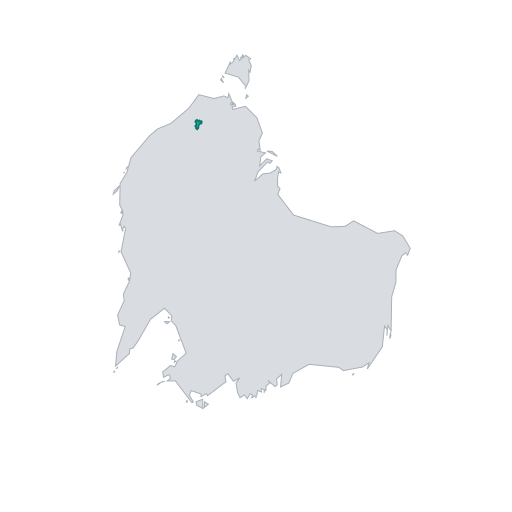 location of Cootamundra-Gundagai, New South Wales, Australia, rotated 209°
{"feature_id": "25037944B16131127641558", "entity_name": "Cootamundra-Gundagai", "entity_type": "district", "adm_level": 2, "iso_a3": "AUS", "parent_name": "Australia", "parent_adm1": "New South Wales", "projection": "equal_earth", "projection_center": [148.025, -34.809], "detail": "fine", "context": "in_parent", "style": "filled", "palette": "teal", "viewbox_px": 512, "rotation_deg": 209, "n_neighbors": 0, "source": "geoboundaries", "source_scale": "gbopen_adm2", "svg_char_len": 5830}
<svg xmlns="http://www.w3.org/2000/svg" viewBox="0 0 512 512"><g transform="rotate(209 256 256)"><path d="M331.4,105.1L336.2,130.9L341.9,129.6L348.4,137.3L349.6,153.0L353.5,158.4L354.5,172.9L357.3,180.4L376.1,194.3L383.4,216.9L385.5,218.1L385.9,214.1L390.0,218.2L390.6,216.2L392.3,227.6L394.7,231.0L399.9,234.5L410.0,253.6L409.4,266.3L413.0,281.4L407.4,309.4L403.7,319.4L394.7,330.8L386.3,352.9L384.2,369.4L369.2,373.3L361.8,380.3L357.2,380.9L358.5,384.8L351.2,379.0L352.3,377.7L351.8,376.2L350.4,376.2L348.0,378.7L346.3,377.2L349.2,374.8L347.5,372.9L337.8,381.8L322.3,377.4L310.0,366.6L309.3,358.2L303.5,350.5L305.8,350.7L305.7,348.4L297.7,350.8L299.9,345.0L296.4,336.6L293.8,346.2L287.9,347.1L288.7,343.9L291.5,343.9L295.0,330.7L293.5,320.8L289.8,331.2L284.0,335.2L280.3,341.4L281.0,344.6L278.6,344.2L274.5,340.7L277.0,340.6L274.9,334.5L270.9,327.5L267.7,326.6L266.9,320.5L243.0,310.0L204.3,318.0L192.4,325.2L187.7,334.1L160.6,334.7L147.0,345.3L137.0,344.6L124.8,337.4L123.8,330.1L126.7,331.4L128.5,326.9L126.9,312.0L120.8,300.6L117.6,286.2L101.5,255.9L106.9,259.1L103.0,249.8L105.6,255.3L109.6,257.0L101.5,237.8L103.9,211.1L105.4,217.4L109.2,210.4L124.0,198.1L129.5,198.8L157.1,187.0L166.8,171.2L165.7,160.8L171.0,153.3L176.2,164.9L178.4,158.4L175.1,153.9L175.9,151.0L185.3,152.9L182.3,151.8L184.1,147.2L182.2,143.2L187.2,142.6L185.3,139.6L189.4,139.2L187.8,134.8L191.2,129.9L191.6,132.8L194.4,132.5L194.5,126.9L198.7,128.9L201.2,124.4L205.8,127.5L211.9,135.2L211.1,141.4L215.0,135.5L223.5,139.4L225.1,136.1L221.3,131.4L230.7,110.2L232.7,111.6L235.9,106.3L237.2,108.6L247.4,106.9L246.9,101.8L240.0,98.0L241.1,96.7L266.0,107.7L273.1,103.7L271.4,107.8L274.5,110.1L278.1,105.1L281.4,109.4L277.6,118.8L273.4,119.7L273.7,126.5L269.9,137.1L292.5,156.3L298.7,158.2L300.6,162.8L310.7,166.0L317.6,149.4L317.9,125.0L318.9,115.8L321.4,113.6L319.4,109.4L325.5,91.6L331.4,105.1ZM346.6,399.3L358.1,403.9L371.7,401.0L372.6,413.7L371.6,411.4L370.3,414.1L370.0,422.4L365.2,419.0L362.2,426.5L356.4,426.0L357.5,423.8L352.4,420.3L350.3,413.8L352.5,415.0L347.1,406.0L346.6,399.3ZM228.4,96.8L235.5,96.8L237.8,99.5L233.2,104.8L228.4,96.8ZM285.7,353.5L297.3,353.1L292.4,355.3L285.7,353.5ZM279.8,125.0L281.3,130.3L276.8,129.4L277.5,125.7L279.8,125.0ZM409.3,251.4L409.1,245.6L410.9,240.8L411.6,244.3L409.3,251.4ZM368.4,391.7L372.3,392.8L372.4,394.6L368.4,391.7ZM227.8,98.4L230.4,103.6L225.8,103.3L227.8,98.4ZM342.4,392.5L340.2,392.0L341.3,389.0L342.4,392.5ZM304.1,154.1L302.0,155.7L299.8,156.6L300.8,153.6L304.1,154.1ZM101.4,254.5L99.4,251.7L99.0,249.1L99.3,249.0L101.4,254.5ZM371.5,396.3L373.0,397.5L370.2,396.5L371.5,396.3ZM393.7,228.3L395.3,228.3L395.3,230.9L393.7,228.3ZM355.0,172.7L357.0,174.2L356.6,175.1L355.0,172.7ZM365.1,423.5L365.3,425.5L363.8,424.9L365.1,423.5ZM411.8,268.4L411.9,271.6L411.7,271.5L411.8,268.4ZM246.5,96.6L245.3,95.2L246.0,94.4L246.5,96.6ZM279.6,96.9L277.9,99.5L279.8,94.9L279.6,96.9ZM412.1,264.7L411.3,265.7L411.9,264.6L412.1,264.7ZM282.9,145.0L282.0,145.5L282.5,144.3L282.9,145.0ZM276.3,124.9L275.0,125.2L275.8,123.5L276.3,124.9ZM114.0,198.3L113.8,200.4L113.2,200.2L114.0,198.3ZM323.4,90.3L323.4,92.2L322.9,90.9L323.4,90.3ZM350.5,377.0L350.8,377.9L350.4,377.6L350.5,377.0ZM277.4,100.3L275.1,102.1L277.5,99.8L277.4,100.3ZM187.9,132.3L187.1,133.5L187.6,132.1L187.9,132.3ZM365.9,422.0L365.2,422.4L365.6,421.7L365.9,422.0ZM303.1,160.3L301.9,160.3L302.5,159.2L303.1,160.3ZM183.5,141.7L182.9,142.4L182.8,140.8L183.5,141.7ZM371.3,417.7L370.3,418.3L370.6,417.2L371.3,417.7ZM324.2,85.5L324.0,86.7L323.3,86.1L324.2,85.5ZM349.9,378.3L350.9,379.2L349.3,379.0L349.9,378.3ZM378.3,194.1L377.5,194.2L377.8,192.8L378.3,194.1ZM385.2,213.9L384.7,213.9L385.1,212.8L385.2,213.9ZM347.1,397.7L346.8,398.5L346.5,397.5L347.1,397.7Z" fill="#d9dde1" stroke="#a8b0b8" stroke-width="1"/><path d="M369.1,347.5L369.3,347.5L369.3,347.4L369.2,347.4L369.3,347.3L369.3,347.2L369.6,347.0L369.8,347.0L369.8,346.9L370.0,346.8L369.9,346.8L369.9,346.7L370.1,346.6L370.3,346.7L370.6,346.7L370.8,346.7L370.9,346.8L370.9,346.7L371.0,346.7L371.3,346.7L371.5,346.6L371.6,346.4L371.8,346.4L371.7,346.3L371.7,346.2L371.6,345.9L371.8,345.9L372.0,345.9L372.2,346.0L372.3,346.0L372.6,346.1L373.0,346.2L373.2,346.3L373.3,346.4L373.5,346.3L373.5,346.0L373.5,345.9L373.6,345.6L374.0,345.6L374.0,345.8L374.0,346.0L374.1,345.9L374.3,345.7L374.3,345.4L374.4,345.2L374.4,344.9L374.3,344.7L374.1,344.7L374.1,344.3L374.1,344.1L374.2,343.9L373.8,343.8L373.7,343.8L373.4,343.8L373.2,343.7L373.0,343.8L373.0,343.7L373.0,343.4L372.9,343.4L372.7,343.4L372.6,343.5L372.4,343.4L372.3,343.1L372.2,342.9L372.2,342.7L372.1,342.4L372.1,342.2L371.9,342.2L371.8,341.9L371.7,341.8L371.7,341.5L371.6,341.3L371.6,341.2L371.6,340.9L371.6,340.7L371.9,340.7L371.8,340.4L371.7,340.4L371.8,340.3L371.7,340.3L371.8,340.2L371.6,340.1L371.6,339.9L371.5,339.7L371.3,339.7L371.0,339.5L370.9,339.5L370.8,339.3L370.7,339.3L370.7,339.2L370.4,339.0L370.2,339.0L370.3,338.4L369.5,338.2L369.4,338.3L368.8,338.3L368.9,338.5L369.0,338.6L368.9,338.7L368.9,338.8L369.0,338.9L369.0,339.0L369.2,339.3L368.9,339.3L368.6,339.3L368.5,339.6L368.5,339.8L368.4,340.0L368.5,340.3L368.6,340.2L368.6,340.4L368.7,340.5L368.7,340.4L368.7,340.5L368.8,340.6L368.9,340.8L368.9,341.0L369.0,341.1L369.1,341.5L369.2,341.8L369.2,342.0L369.3,342.1L369.5,342.2L369.7,342.4L369.7,342.5L369.7,342.9L369.7,343.1L369.6,343.3L369.4,343.3L369.4,343.5L369.2,343.8L369.1,344.0L369.0,344.3L368.9,344.4L368.9,344.5L369.0,344.7L369.0,344.8L369.0,345.0L368.9,345.2L369.0,345.2L368.9,345.3L369.0,345.3L368.9,345.4L368.9,345.5L368.7,345.6L368.8,345.6L368.6,345.7L368.3,345.6L368.3,345.4L368.2,345.5L368.1,345.4L367.9,345.4L367.9,345.5L368.0,345.7L368.1,345.8L368.3,345.9L368.3,346.0L368.4,346.3L368.4,346.6L368.5,346.6L368.6,346.8L368.8,346.9L368.9,347.0L368.9,347.3L369.0,347.3L369.1,347.5Z" fill="#14b8a6" stroke="#0f766e" stroke-width="1.5"/></g></svg>